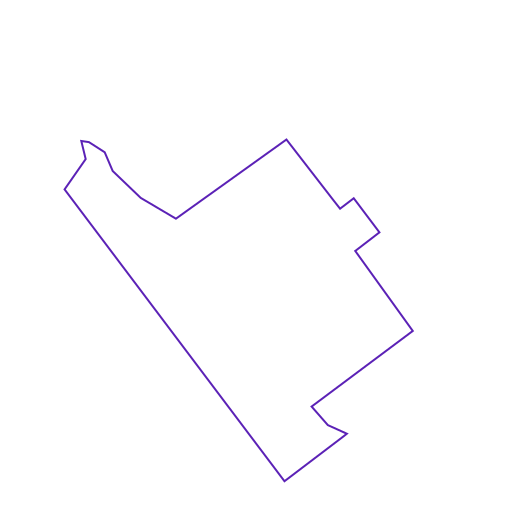 the district of Lanier, Georgia, United States of America, rotated 143°
{"feature_id": "52423323B24465829142626", "entity_name": "Lanier", "entity_type": "district", "adm_level": 2, "iso_a3": "USA", "parent_name": "United States of America", "parent_adm1": "Georgia", "projection": "mercator", "projection_center": [-83.072, 31.014], "detail": "fine", "context": "isolated", "style": "outline", "palette": "violet", "viewbox_px": 512, "rotation_deg": 143, "n_neighbors": 0, "source": "geoboundaries", "source_scale": "gbopen_adm2", "svg_char_len": 413}
<svg xmlns="http://www.w3.org/2000/svg" viewBox="0 0 512 512"><g transform="rotate(143 256 256)"><path d="M368.8,59.0L293.6,59.3L290.4,59.4L300.4,77.7L302.2,102.3L175.9,101.8L173.7,200.3L143.2,200.6L143.2,243.3L160.4,243.2L160.6,253.4L161.6,330.7L297.5,334.0L313.1,371.8L319.3,410.1L314.4,429.9L320.9,447.5L326.3,453.0L333.7,435.9L368.8,424.4L368.8,59.0Z" fill="none" stroke="#5b21b6" stroke-width="2"/></g></svg>